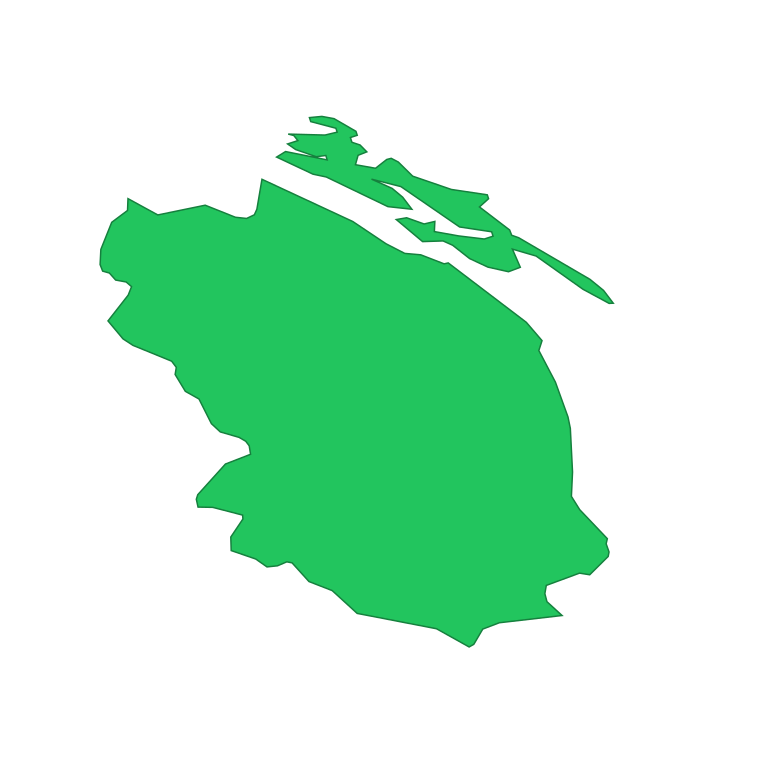 outline of Licko-Senjska, rotated 162°
{"feature_id": "HRV-1584", "entity_name": "Licko-Senjska", "entity_type": "County", "adm_level": 1, "iso_a3": "HRV", "parent_name": "Croatia", "parent_adm1": "", "projection": "natural_earth1", "projection_center": [15.249, 44.713], "detail": "medium", "context": "isolated", "style": "filled", "palette": "green", "viewbox_px": 768, "rotation_deg": 162, "n_neighbors": 0, "source": "natural_earth", "source_scale": "10m", "svg_char_len": 1972}
<svg xmlns="http://www.w3.org/2000/svg" viewBox="0 0 768 768"><g transform="rotate(162 384 384)"><path d="M436.8,616.4L363.5,548.2L338.7,516.7L323.9,501.8L309.1,495.5L289.7,479.7L285.5,479.3L229.6,398.7L220.3,376.4L226.4,368.0L220.4,332.8L219.2,295.8L220.5,284.2L231.9,242.0L240.5,219.2L236.7,204.0L219.4,167.9L222.1,163.4L221.9,154.7L224.1,150.7L247.3,139.0L256.5,143.7L291.9,142.3L295.8,134.9L296.3,126.6L286.2,108.8L348.1,121.3L365.8,120.4L379.0,108.7L384.3,107.6L409.7,135.0L480.4,174.1L497.1,203.5L516.4,219.3L526.7,242.3L531.4,244.9L541.5,244.0L551.8,246.2L560.1,257.2L580.8,272.8L577.0,285.8L559.9,299.2L559.0,303.0L585.0,319.6L598.9,324.4L598.1,332.4L595.3,336.3L559.5,356.9L532.6,358.4L531.3,366.9L533.2,372.3L538.3,378.0L554.5,389.0L560.4,399.6L564.6,426.9L575.2,438.4L579.7,457.6L576.4,464.0L578.9,471.3L610.8,498.3L618.3,507.6L627.0,529.3L599.8,547.6L594.0,554.6L597.7,560.7L607.1,565.8L610.9,574.4L616.7,578.3L617.1,585.3L611.7,599.5L593.0,621.9L574.3,628.3L570.2,639.4L546.9,614.7L498.8,609.3L473.8,588.5L463.5,583.9L455.0,585.0L450.9,589.5L436.8,616.4ZM216.6,486.0L210.7,481.5L155.7,419.8L146.3,405.2L141.0,390.0L145.0,391.1L165.5,412.6L199.8,458.7L220.2,472.6L218.3,452.9L230.9,452.3L249.0,463.0L263.8,476.8L275.8,494.7L283.6,501.8L303.3,507.5L321.5,536.6L311.1,535.1L296.4,523.8L285.4,522.9L289.0,513.4L267.3,501.8L243.8,490.9L234.6,490.9L234.6,495.5L263.6,510.0L306.9,566.5L332.6,582.7L315.8,567.5L308.5,555.9L303.5,541.6L325.5,551.5L374.9,598.7L386.7,605.5L416.0,633.0L405.8,635.5L368.8,614.7L368.7,619.3L378.2,621.1L395.6,634.3L401.5,642.1L390.7,642.1L393.0,648.2L397.9,651.3L363.2,639.0L350.7,638.0L350.7,642.1L372.6,656.2L372.6,660.4L360.4,657.7L349.5,651.8L332.6,633.0L332.6,628.8L339.8,628.8L339.8,623.8L332.9,618.7L328.6,610.1L338.0,609.5L343.4,601.4L325.4,591.8L312.0,596.7L307.4,596.4L301.8,590.7L292.5,572.8L259.8,548.2L227.3,532.0L227.3,527.9L238.5,522.9L216.9,491.6L216.6,486.0Z" fill="#22c55e" stroke="#15803d" stroke-width="1.5"/></g></svg>